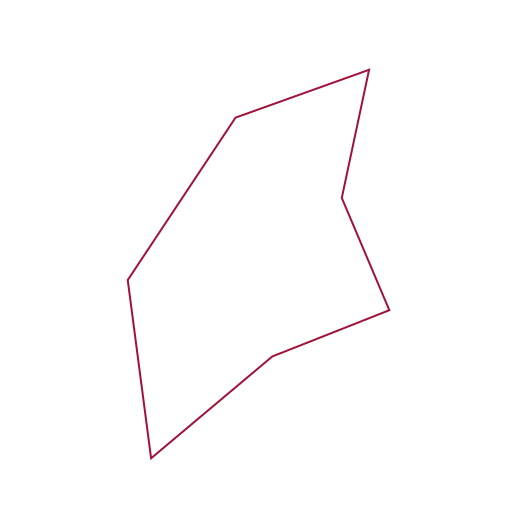 SVG path tracing the border of Pietà, rotated 153°
{"feature_id": "MLT-5942", "entity_name": "Pietà", "entity_type": "state/province", "adm_level": 1, "iso_a3": "MLT", "parent_name": "Malta", "parent_adm1": "", "projection": "orthographic", "projection_center": [14.493, 35.889], "detail": "fine", "context": "isolated", "style": "outline", "palette": "rose", "viewbox_px": 512, "rotation_deg": 153, "n_neighbors": 0, "source": "natural_earth", "source_scale": "10m", "svg_char_len": 261}
<svg xmlns="http://www.w3.org/2000/svg" viewBox="0 0 512 512"><g transform="rotate(153 256 256)"><path d="M441.3,123.4L381.2,292.8L211.4,388.6L70.7,370.6L153.2,268.8L161.8,147.2L287.1,159.1L441.3,123.4Z" fill="none" stroke="#9f1239" stroke-width="2"/></g></svg>